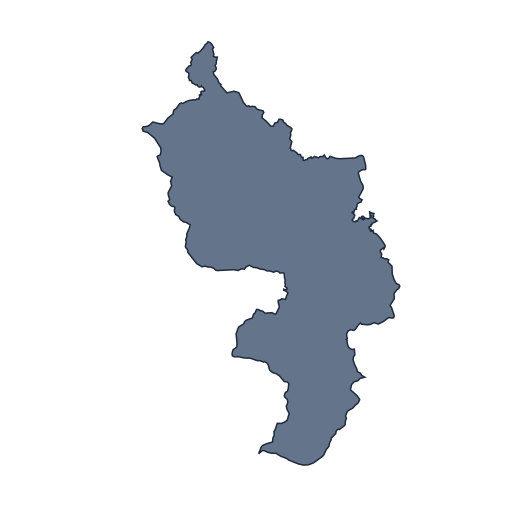 Dong Hy, Thái Nguyên, Vietnam, rotated 200°
{"feature_id": "81297802B71869801036686", "entity_name": "Dong Hy", "entity_type": "district", "adm_level": 2, "iso_a3": "VNM", "parent_name": "Vietnam", "parent_adm1": "Thái Nguyên", "projection": "mercator", "projection_center": [105.922, 21.685], "detail": "fine", "context": "isolated", "style": "filled", "palette": "slate", "viewbox_px": 512, "rotation_deg": 200, "n_neighbors": 0, "source": "geoboundaries", "source_scale": "gbopen_adm2", "svg_char_len": 6146}
<svg xmlns="http://www.w3.org/2000/svg" viewBox="0 0 512 512"><g transform="rotate(200 256 256)"><path d="M118.3,121.5L114.8,126.9L114.6,127.9L115.6,131.7L115.5,134.4L117.2,136.3L117.0,141.2L116.4,142.3L113.0,146.2L111.8,149.4L109.9,152.6L109.4,155.8L109.6,156.8L113.5,159.4L121.2,162.5L121.6,163.0L122.2,168.0L120.8,171.3L117.7,173.5L116.3,176.6L112.3,179.3L115.5,179.9L118.0,181.6L121.1,182.0L122.8,184.5L126.0,187.5L129.3,191.7L129.9,194.7L129.3,196.9L131.7,202.1L133.7,201.1L135.1,201.0L137.9,202.0L139.8,204.3L141.5,207.2L141.5,208.2L142.6,208.7L142.0,209.8L143.3,211.6L144.2,214.1L143.8,217.0L143.2,217.7L141.6,219.2L138.8,219.5L137.8,220.5L136.1,226.6L135.0,228.7L133.6,228.0L127.9,229.4L125.1,230.8L122.3,233.7L117.8,233.9L114.1,237.7L110.3,243.5L106.8,244.2L105.5,245.1L105.5,246.4L105.9,247.5L110.9,253.8L113.1,255.5L111.5,262.9L111.8,264.3L113.3,267.2L113.4,268.2L112.1,272.3L110.8,274.2L110.5,276.7L111.1,277.5L112.1,278.0L114.6,278.0L118.2,281.1L121.8,285.7L124.7,292.9L129.8,295.4L130.1,296.6L129.8,297.7L132.1,298.2L134.2,297.3L135.7,297.7L137.9,297.4L138.5,300.6L139.1,301.6L140.1,301.8L141.1,304.1L139.1,307.2L138.2,306.2L137.8,309.0L138.4,310.2L144.8,315.0L150.3,317.9L153.3,317.8L154.7,320.2L156.6,318.4L157.3,319.2L156.8,319.8L156.9,320.4L159.1,320.5L159.7,322.2L158.2,323.2L158.1,323.7L158.7,324.5L157.9,325.1L158.1,326.7L156.6,327.6L154.3,330.3L155.6,330.5L156.4,331.3L158.9,331.7L159.4,332.2L158.9,333.4L159.7,334.4L159.7,336.3L161.5,336.0L164.3,336.2L162.5,332.6L161.5,333.1L161.3,332.7L161.4,331.6L163.1,329.4L166.8,328.9L168.7,330.0L169.2,329.9L170.3,329.2L170.1,328.1L167.0,327.5L167.4,326.8L172.0,327.5L172.7,323.3L174.0,323.3L174.6,321.8L177.6,322.2L177.9,323.3L177.0,324.9L177.2,328.2L178.3,328.7L178.9,329.8L180.2,329.3L180.5,329.9L180.5,330.3L179.0,331.0L179.2,333.3L177.6,334.3L178.3,335.7L178.0,337.0L178.6,338.9L178.5,340.1L175.6,343.0L175.6,345.2L177.9,345.4L179.6,346.5L178.3,355.5L178.7,357.3L179.8,359.1L183.3,362.1L188.3,369.0L188.0,370.5L186.3,372.8L185.1,373.7L183.2,374.3L182.6,375.4L184.1,378.9L188.6,385.6L190.1,386.7L191.9,386.4L193.9,384.9L195.8,382.6L196.9,381.8L210.5,376.1L214.2,375.1L220.4,375.0L221.1,373.0L222.0,371.8L223.8,372.1L226.4,374.3L227.4,372.0L229.6,371.6L231.1,369.5L235.0,369.6L236.8,367.0L237.3,366.8L238.1,367.9L238.6,367.6L240.7,365.3L241.0,363.9L242.3,363.5L243.3,362.2L244.5,362.1L245.5,364.8L246.5,364.4L247.4,364.6L249.0,366.6L251.6,365.7L252.6,366.8L257.1,368.1L258.6,367.1L259.1,367.3L260.2,368.8L260.8,369.0L261.4,375.6L264.5,377.7L264.5,381.1L265.9,383.9L265.4,385.6L265.8,387.9L267.6,388.7L271.6,389.3L273.4,390.6L275.7,391.1L277.1,392.9L279.6,392.9L281.2,392.4L281.4,389.1L283.7,387.5L284.2,384.0L286.4,383.1L292.6,386.2L297.5,387.9L298.3,391.0L297.7,393.4L298.9,394.8L304.7,394.3L305.7,394.5L307.7,395.9L308.7,395.9L310.5,395.5L312.6,394.2L314.2,394.7L314.8,394.0L316.4,393.7L320.4,396.1L327.6,403.3L328.8,403.6L333.1,403.3L339.1,399.4L347.1,403.7L347.6,404.2L347.5,405.2L350.0,406.0L352.6,409.1L357.7,412.1L359.2,414.4L357.8,415.6L357.3,417.9L357.7,419.2L359.6,420.9L359.1,423.0L359.6,424.2L360.4,429.7L362.7,428.9L364.3,429.0L364.5,431.1L367.7,435.7L367.0,437.4L370.7,440.4L372.2,440.9L374.4,440.9L374.9,439.0L376.1,437.1L376.5,434.4L378.2,429.8L380.0,426.7L381.5,426.8L382.1,426.2L384.8,420.7L384.8,420.1L383.2,419.2L383.6,415.6L382.2,413.5L382.6,412.5L383.9,411.6L385.5,407.7L385.6,406.7L384.9,405.7L382.1,405.0L381.1,403.8L380.5,400.5L379.5,399.8L378.5,398.1L376.9,398.8L375.1,396.6L373.8,396.8L371.3,396.1L369.7,396.7L369.1,395.9L367.1,395.3L366.0,396.0L365.5,397.1L365.0,396.4L363.4,396.5L360.9,394.4L361.2,393.1L363.4,392.3L363.8,391.7L363.8,390.9L362.4,389.0L363.0,388.2L363.4,389.0L364.2,387.7L363.4,386.3L363.6,384.9L363.2,384.0L365.1,383.5L366.2,382.0L367.8,381.6L372.0,379.3L374.5,377.2L376.8,374.4L378.5,374.3L379.9,372.9L381.3,367.6L383.2,364.7L382.6,360.8L385.9,355.7L387.8,349.3L388.8,348.3L391.4,347.4L398.9,346.6L400.4,343.2L402.2,340.9L406.2,338.7L406.5,336.6L405.4,335.9L404.9,334.7L400.0,335.0L391.6,332.0L382.6,325.1L381.0,321.9L380.6,318.2L382.5,316.5L382.9,315.5L378.1,310.1L377.1,308.0L374.1,304.1L367.0,302.2L361.7,301.4L361.9,297.0L359.3,293.1L360.2,285.4L359.4,283.4L356.6,279.8L356.7,278.5L357.4,277.4L355.3,275.3L354.0,274.5L352.1,274.0L350.1,274.4L348.9,273.8L348.4,272.8L348.5,271.4L348.0,270.1L345.7,267.5L342.1,266.8L339.9,264.6L335.4,263.2L333.6,263.7L328.5,262.8L328.2,259.8L328.6,253.3L327.6,250.2L327.7,247.4L326.5,245.5L325.6,240.8L325.0,239.9L322.8,238.7L321.1,236.0L309.0,228.5L303.0,227.4L299.8,229.3L297.7,229.1L294.7,230.1L291.5,230.0L288.9,228.9L287.6,229.0L272.0,235.6L267.9,236.2L265.0,239.1L262.4,239.6L261.6,242.3L259.1,245.0L254.6,244.4L250.8,245.3L247.9,245.1L243.3,246.1L240.9,245.7L237.6,246.7L233.9,246.8L231.7,248.8L229.2,248.9L227.7,248.1L225.0,249.4L223.6,249.3L221.9,245.5L220.3,243.2L219.9,241.3L218.5,238.7L218.4,237.3L215.6,236.4L215.6,235.5L216.1,234.9L217.1,234.3L218.6,234.3L218.3,233.2L215.5,233.3L213.3,232.1L213.7,228.6L213.4,225.4L217.4,224.5L218.1,223.1L219.9,222.1L219.5,220.4L216.6,216.1L217.5,208.4L218.5,207.8L221.6,208.2L228.1,205.3L230.8,206.5L233.1,206.1L235.3,206.5L237.2,206.0L237.5,201.7L238.4,200.7L238.3,196.4L243.1,192.5L244.3,190.3L244.2,188.2L248.1,183.3L248.1,176.1L244.1,167.7L243.0,164.3L243.5,163.0L245.5,160.1L245.2,156.2L244.1,154.1L241.8,153.9L237.5,155.5L232.3,156.1L226.5,158.0L219.0,158.1L216.6,159.0L212.7,158.9L211.8,159.7L208.6,159.0L207.4,158.0L204.4,153.7L203.7,153.2L200.3,152.1L197.0,152.3L193.0,151.4L186.6,147.7L183.5,148.3L181.7,147.5L180.4,142.7L180.2,139.5L181.7,138.0L181.8,134.6L180.7,133.3L177.5,131.9L176.4,130.2L175.9,127.6L176.2,125.3L174.6,122.7L171.0,119.4L170.5,112.4L172.5,109.5L174.8,107.4L178.8,106.0L178.6,99.0L179.1,97.3L177.6,93.6L177.9,91.1L176.9,86.8L181.8,83.3L184.8,80.5L185.8,78.2L185.9,71.1L183.8,74.8L182.8,75.6L181.4,75.9L177.9,75.5L174.1,76.0L169.7,77.4L164.2,76.3L158.1,76.2L155.2,75.4L144.9,75.1L139.6,75.8L135.2,77.8L131.1,81.4L124.8,90.8L124.2,92.5L123.8,98.0L122.4,102.2L123.0,105.8L122.5,108.9L122.9,110.9L120.3,116.4L120.8,118.3L120.6,119.9L119.3,121.5L118.3,121.5Z" fill="#64748b" stroke="#1e293b" stroke-width="1.5"/></g></svg>